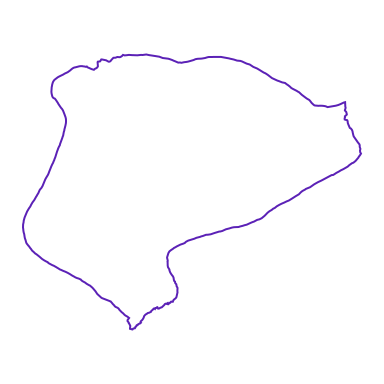 May Aini, Debub, Eritrea
{"feature_id": "51966322B38754897924097", "entity_name": "May Aini", "entity_type": "district", "adm_level": 2, "iso_a3": "ERI", "parent_name": "Eritrea", "parent_adm1": "Debub", "projection": "mercator", "projection_center": [39.05, 14.783], "detail": "fine", "context": "isolated", "style": "outline", "palette": "violet", "viewbox_px": 384, "rotation_deg": 0, "n_neighbors": 0, "source": "geoboundaries", "source_scale": "gbopen_adm2", "svg_char_len": 5843}
<svg xmlns="http://www.w3.org/2000/svg" viewBox="0 0 384 384"><path d="M345.1,102.2L343.9,102.5L340.5,104.1L338.3,105.0L335.8,105.7L327.6,107.1L325.7,106.3L324.2,106.0L322.7,105.8L320.2,105.7L318.3,105.8L314.9,105.5L314.3,105.3L313.4,104.6L311.6,102.9L310.1,100.9L309.3,100.0L306.7,98.5L301.8,94.8L299.0,92.2L298.0,91.7L296.6,90.8L292.5,88.7L291.2,87.9L289.9,86.6L288.1,85.2L286.6,84.2L285.1,83.0L284.3,82.8L282.2,82.4L278.4,80.9L277.6,80.7L272.0,78.1L267.7,74.8L265.4,73.3L263.6,72.5L259.6,70.0L257.1,68.5L253.3,66.9L249.7,64.5L246.6,63.6L241.9,61.4L240.3,60.9L237.1,60.6L233.7,59.5L230.1,58.7L229.0,58.4L220.8,56.9L208.8,57.0L207.3,57.3L205.1,58.0L201.6,58.6L197.5,58.8L195.4,59.2L193.7,60.0L189.9,61.1L187.7,61.7L185.9,62.0L184.1,62.2L181.4,62.8L180.0,62.5L178.2,62.6L174.7,61.1L173.6,60.7L172.4,60.1L169.6,59.1L168.2,58.7L162.7,58.0L159.3,56.7L158.0,56.5L155.6,56.1L149.1,55.1L146.3,54.5L142.5,55.0L141.0,54.9L137.4,55.3L131.9,55.1L128.9,54.9L126.7,55.2L124.7,55.4L123.0,54.9L121.9,56.1L121.3,56.4L120.7,56.9L119.8,57.2L117.3,57.0L115.5,57.7L113.4,57.8L111.5,59.8L110.4,61.2L109.6,61.6L109.0,61.7L108.6,61.7L106.1,60.3L101.7,59.4L101.2,59.5L100.7,60.5L100.0,61.4L97.8,61.7L97.6,62.2L97.9,66.3L97.2,67.5L96.1,68.3L94.8,68.9L93.9,69.8L91.6,69.1L87.3,67.2L86.8,66.5L85.6,66.8L84.6,66.5L82.8,66.3L82.1,66.1L81.0,66.1L79.3,66.3L75.1,67.4L74.3,67.5L72.7,68.3L71.8,69.0L71.3,69.4L70.2,70.4L67.7,72.2L64.7,73.6L63.1,74.6L60.8,75.7L59.6,76.3L58.6,76.8L57.6,77.4L54.5,79.8L54.0,80.4L53.2,81.6L52.8,82.5L52.3,84.2L52.1,85.0L52.0,85.9L51.7,87.1L51.4,91.6L51.5,92.9L51.7,94.0L52.3,96.4L52.9,97.5L53.8,98.2L54.8,98.6L55.4,99.3L56.4,100.7L57.1,101.8L57.8,102.8L58.3,103.8L59.7,105.9L61.0,107.8L62.0,108.9L63.0,110.5L64.3,113.8L65.5,117.1L65.9,118.8L66.0,120.1L66.0,121.8L65.9,123.2L65.4,125.7L64.4,129.5L64.3,130.5L63.8,132.0L63.1,135.8L62.8,136.3L62.3,137.9L60.0,144.2L59.8,145.3L59.0,146.6L58.0,148.9L57.8,149.6L57.1,151.4L55.3,157.2L54.4,159.4L54.1,160.5L53.6,161.3L53.1,162.8L52.3,164.2L51.3,166.4L50.0,169.7L49.3,171.4L48.5,173.6L47.9,174.9L46.2,177.7L45.3,179.3L42.5,186.1L41.3,188.1L40.1,189.4L39.6,190.2L38.3,193.2L37.2,194.9L36.9,195.6L36.2,196.6L34.3,200.0L32.5,202.4L31.0,205.0L30.3,206.5L29.0,208.3L27.1,211.5L24.6,217.5L23.7,220.8L23.6,222.1L23.1,224.5L23.0,227.5L23.2,228.8L23.3,229.8L23.4,230.8L23.7,232.5L24.2,234.1L24.6,236.8L24.9,238.3L25.5,239.9L26.2,242.5L26.6,243.4L28.4,245.7L29.0,246.3L30.1,247.9L31.1,249.1L32.1,250.6L33.8,252.1L35.2,253.5L36.5,254.3L39.5,256.7L42.0,258.9L44.1,260.3L46.6,261.7L47.6,262.1L48.5,263.1L52.4,265.2L53.7,265.7L56.5,267.3L57.1,267.7L58.3,268.4L60.0,269.5L61.1,269.9L63.0,270.8L65.3,271.7L67.6,272.8L69.9,274.1L72.4,275.7L74.1,276.6L75.4,277.4L77.1,278.1L78.8,278.6L80.9,279.6L81.2,280.1L82.4,281.1L85.3,282.7L86.1,283.4L87.0,284.0L89.1,285.2L90.0,285.6L92.4,287.7L93.3,288.7L95.5,291.3L97.2,293.9L98.8,295.4L99.6,296.1L101.2,297.6L102.0,298.1L109.5,301.0L110.3,301.4L110.6,301.4L112.2,303.2L112.7,303.9L114.4,305.6L114.7,306.2L115.6,306.9L117.6,307.8L118.6,308.6L119.4,309.8L121.7,312.2L123.1,313.3L124.5,314.8L125.4,315.5L127.5,316.7L129.1,318.0L127.6,320.0L127.5,321.0L128.8,322.7L128.8,323.3L129.3,323.8L130.3,325.9L130.0,328.3L130.0,328.8L131.0,329.1L131.7,329.1L132.2,329.5L132.6,329.4L133.1,328.7L133.7,328.4L134.9,328.3L135.2,327.8L135.2,327.3L135.5,326.8L136.0,326.6L136.4,326.2L136.4,325.7L136.7,325.2L137.7,325.0L138.2,324.2L139.3,323.7L140.0,323.5L140.5,323.1L140.9,322.7L140.5,322.3L140.7,321.5L140.9,321.2L142.3,319.9L143.3,318.4L143.9,317.0L144.0,316.4L144.3,315.9L145.0,315.1L145.6,314.5L147.0,313.7L147.5,313.2L147.9,313.0L148.8,312.8L149.2,312.7L151.0,311.8L151.2,311.1L151.5,310.8L152.9,309.6L153.4,308.9L153.9,308.5L154.3,308.4L155.0,309.0L155.6,308.0L156.2,308.0L156.6,307.7L156.9,307.3L157.4,307.2L158.1,308.6L158.9,308.6L160.4,307.7L161.8,307.3L163.6,305.6L164.3,305.0L164.6,304.4L165.0,304.0L165.6,303.7L166.6,303.9L166.9,303.5L167.4,303.2L167.6,304.1L168.1,304.3L168.8,303.8L169.3,302.8L170.0,302.9L170.5,302.5L171.0,301.7L171.6,301.6L172.2,301.8L172.9,301.7L173.1,300.9L173.7,299.8L175.7,298.2L176.4,297.2L177.5,292.4L177.4,291.4L177.4,289.8L177.5,289.3L177.5,288.2L177.4,287.5L176.7,286.5L176.6,286.1L176.3,284.3L175.2,283.0L175.0,281.6L174.3,281.1L173.9,280.0L173.5,277.5L172.8,276.1L172.3,275.6L171.1,273.9L170.2,272.4L169.7,271.1L169.4,270.1L169.4,269.5L168.0,267.2L167.7,265.6L167.6,262.0L167.5,261.6L167.7,261.2L167.7,260.4L167.1,257.9L167.1,257.3L168.4,253.1L169.4,251.4L170.9,250.2L173.4,248.5L173.9,248.0L175.7,247.1L176.4,246.6L180.4,244.6L183.4,243.6L184.9,242.9L185.5,242.2L186.3,241.6L188.2,240.6L194.4,238.7L196.4,237.8L200.0,236.9L201.2,236.4L202.8,236.0L206.0,234.8L208.0,234.7L210.7,234.3L214.2,233.1L219.4,231.5L220.2,231.5L222.2,231.0L225.9,229.3L229.4,228.4L231.9,227.6L234.0,227.2L238.6,227.0L240.0,226.5L242.8,225.8L244.6,225.2L246.7,224.7L250.8,222.8L252.5,222.1L254.0,221.6L257.1,219.9L259.5,219.3L261.7,218.2L264.5,215.9L265.4,215.0L267.6,212.7L269.5,211.2L271.6,210.0L273.3,208.6L274.7,208.0L276.8,206.3L279.4,204.8L281.6,203.7L284.4,202.5L286.6,201.4L288.7,200.6L291.8,198.7L296.0,196.0L298.9,194.3L300.8,192.3L302.4,191.0L305.0,189.6L305.9,188.9L310.1,187.2L314.2,184.3L317.9,182.2L321.5,180.5L331.6,175.1L332.8,175.0L333.3,174.9L336.5,172.8L338.8,171.6L340.9,170.3L343.0,169.3L344.1,168.7L347.7,166.6L349.2,165.2L352.0,163.2L353.4,162.7L355.5,161.0L358.4,157.6L358.7,156.9L360.0,155.2L361.0,153.6L360.2,152.2L360.0,150.5L360.4,148.9L359.8,147.2L359.7,146.4L359.7,145.2L359.4,144.3L357.8,142.3L353.7,136.4L353.3,135.1L352.7,132.5L352.5,131.3L352.0,130.0L351.0,128.6L349.8,127.9L348.3,124.4L347.8,123.0L347.6,121.1L347.2,120.2L345.5,119.8L344.7,119.5L344.6,118.2L345.0,117.4L344.9,116.3L346.8,114.6L346.7,113.7L346.2,111.9L344.9,110.5L344.9,110.1L345.3,109.0L345.6,107.8L345.3,106.4L345.1,102.2Z" fill="none" stroke="#5b21b6" stroke-width="2"/></svg>